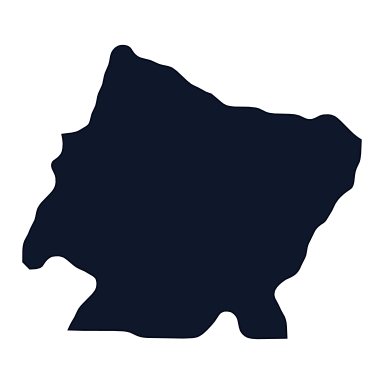 the district of Castillo, Duarte, Dominican Republic
{"feature_id": "3306468B31891639272972", "entity_name": "Castillo", "entity_type": "district", "adm_level": 2, "iso_a3": "DOM", "parent_name": "Dominican Republic", "parent_adm1": "Duarte", "projection": "mercator", "projection_center": [-70.034, 19.235], "detail": "fine", "context": "isolated", "style": "filled", "palette": "ink", "viewbox_px": 384, "rotation_deg": 0, "n_neighbors": 0, "source": "geoboundaries", "source_scale": "gbopen_adm2", "svg_char_len": 2855}
<svg xmlns="http://www.w3.org/2000/svg" viewBox="0 0 384 384"><path d="M361.0,139.9L357.4,137.6L353.4,134.4L349.6,130.8L341.0,122.1L337.2,118.6L334.5,116.7L331.4,115.5L328.2,115.0L323.5,115.2L320.4,116.0L315.4,118.5L312.8,119.5L311.4,119.8L308.4,119.8L305.6,119.1L299.1,116.1L294.5,115.0L289.6,114.6L274.5,114.2L269.7,113.6L266.6,112.8L265.2,112.2L258.6,109.0L255.4,108.2L248.5,107.5L234.5,107.3L229.4,106.7L226.1,105.8L223.1,104.2L220.4,102.1L211.2,94.3L205.8,92.4L198.0,88.1L193.7,86.1L190.8,84.5L186.8,81.3L176.5,71.6L172.4,68.5L170.8,67.7L167.8,66.7L161.6,65.4L158.6,64.5L150.6,60.9L140.0,58.1L137.3,56.7L135.1,54.9L133.3,52.9L130.4,48.5L129.4,47.6L128.2,46.8L126.9,46.2L124.0,45.6L121.0,45.7L119.5,46.0L118.0,46.5L115.5,48.1L113.4,50.3L111.9,52.8L110.9,55.8L109.8,62.0L109.0,65.0L105.5,73.1L104.6,76.2L103.0,84.0L101.9,86.9L98.8,93.5L97.9,96.6L96.7,102.8L95.9,105.9L92.2,113.9L90.4,121.1L89.4,123.7L88.6,124.9L86.5,126.7L79.3,131.0L76.6,132.2L71.8,133.3L62.1,134.5L62.9,138.5L63.4,143.5L63.1,148.4L62.5,151.5L61.2,154.3L59.4,156.5L57.5,158.3L53.5,161.2L52.7,162.2L52.2,163.3L51.9,164.6L51.8,165.9L52.4,168.4L55.3,174.5L56.1,177.5L56.3,182.2L55.8,185.4L54.6,188.5L52.7,191.4L50.4,194.0L41.9,202.8L39.8,205.5L38.1,208.5L37.1,211.5L35.8,217.7L34.9,220.7L30.9,228.5L28.5,234.3L25.0,240.8L24.0,243.7L23.4,246.9L23.1,250.2L23.0,261.9L29.8,268.8L36.0,268.4L38.8,267.7L40.1,267.2L41.3,266.5L42.2,265.6L45.2,261.2L47.0,259.2L49.3,257.4L50.6,256.7L52.1,256.1L55.2,255.6L58.4,255.5L59.9,255.7L63.1,256.6L64.6,257.4L67.3,259.3L73.7,264.7L76.4,266.7L79.2,268.2L84.8,270.7L93.3,275.7L95.4,277.5L96.2,278.7L96.7,280.1L97.2,283.1L97.0,286.1L96.7,287.7L95.5,290.6L92.6,294.4L83.3,303.9L81.1,306.3L79.1,308.9L77.6,311.7L75.0,317.3L71.2,323.8L68.4,329.7L82.8,330.1L114.3,330.2L123.5,330.6L127.0,331.1L130.4,332.0L137.0,335.1L140.1,336.2L143.7,336.9L147.3,337.2L183.3,337.8L192.6,337.4L196.2,336.8L197.9,336.2L199.5,335.4L202.4,333.5L206.3,330.0L211.1,324.9L214.4,320.9L218.5,314.7L220.3,312.6L222.9,311.3L224.3,310.9L227.3,310.8L230.3,311.3L231.8,311.9L234.2,313.6L236.2,315.8L237.6,318.3L238.1,319.8L239.6,327.2L240.5,330.1L241.1,331.4L242.9,333.8L245.2,335.7L246.5,336.5L248.1,337.2L251.6,338.0L257.0,338.4L286.7,338.0L286.2,326.4L285.9,323.1L285.2,319.9L284.2,317.0L280.6,310.5L278.0,304.9L274.6,298.6L273.8,295.7L273.7,294.1L274.2,291.0L274.8,289.5L276.6,286.7L278.8,284.3L281.3,282.1L285.3,279.2L290.9,276.6L293.5,275.1L295.8,273.3L297.7,271.1L299.3,268.5L301.2,264.3L304.5,257.8L305.6,254.9L307.0,247.0L307.9,244.0L314.5,230.5L316.2,228.1L318.2,226.1L320.3,224.4L323.8,222.1L325.6,220.2L331.5,210.5L334.8,203.5L337.6,199.4L339.8,196.9L343.5,193.5L345.9,191.6L350.5,188.4L351.5,187.5L352.2,186.3L352.8,185.0L353.5,182.2L354.4,174.5L355.0,171.4L355.9,168.5L359.0,161.8L359.8,158.7L360.4,153.8L361.0,139.9Z" fill="#0f172a" stroke="#020617" stroke-width="1.5"/></svg>